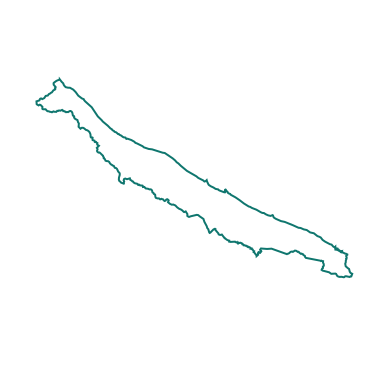 Lam Sonthi, Phetchabun, Thailand (orthographic projection), rotated 301°
{"feature_id": "78962969B31401226545695", "entity_name": "Lam Sonthi", "entity_type": "district", "adm_level": 2, "iso_a3": "THA", "parent_name": "Thailand", "parent_adm1": "Phetchabun", "projection": "orthographic", "projection_center": [101.348, 15.401], "detail": "fine", "context": "isolated", "style": "outline", "palette": "teal", "viewbox_px": 384, "rotation_deg": 301, "n_neighbors": 0, "source": "geoboundaries", "source_scale": "gbopen_adm2", "svg_char_len": 6032}
<svg xmlns="http://www.w3.org/2000/svg" viewBox="0 0 384 384"><g transform="rotate(301 192 192)"><path d="M200.4,371.0L201.3,371.3L201.7,372.0L204.4,371.5L204.3,369.6L204.9,368.3L206.9,366.3L207.0,364.7L207.5,362.0L209.4,360.3L210.9,360.0L212.6,359.1L213.9,358.9L214.3,358.4L215.0,358.6L215.8,358.1L216.5,357.1L217.4,357.1L218.1,357.5L218.5,357.3L218.4,355.8L218.0,354.7L217.9,352.3L217.6,352.0L218.2,351.4L217.4,351.0L217.1,350.5L217.4,349.8L217.6,350.1L218.1,350.2L217.7,349.7L217.8,349.2L217.5,349.0L217.8,348.2L217.3,348.2L217.3,347.3L217.7,346.7L217.2,346.6L217.0,345.8L217.6,345.8L217.1,345.3L217.2,345.1L217.5,345.3L217.8,345.2L217.1,344.6L216.7,344.8L216.5,344.6L216.8,344.3L217.9,344.2L218.2,343.9L217.9,343.5L218.8,343.0L218.1,342.8L218.0,342.0L218.0,341.1L218.8,338.7L218.3,337.2L218.0,331.7L218.2,328.6L219.3,325.8L219.2,324.2L218.8,322.2L219.4,317.7L218.2,314.1L218.5,309.9L217.5,307.0L217.1,303.6L216.2,301.7L215.5,295.6L214.1,286.8L212.9,283.3L212.2,277.8L212.2,275.8L212.5,274.8L213.6,273.5L213.7,273.0L212.0,271.7L211.2,269.3L210.9,266.7L211.0,264.4L210.3,263.1L210.1,261.6L210.0,256.3L209.2,251.6L209.2,249.5L208.8,248.1L208.9,242.4L209.5,237.1L209.8,232.0L209.6,226.5L210.0,225.8L209.7,224.2L209.8,223.2L210.5,222.3L210.8,220.2L211.4,219.8L211.4,219.5L210.9,219.2L209.9,219.6L209.6,220.5L209.1,220.6L208.7,220.5L208.3,219.6L207.5,215.1L207.4,213.9L207.7,213.1L206.8,210.6L206.9,208.1L206.6,205.2L206.7,202.9L206.9,202.3L208.8,199.4L209.7,198.5L208.9,198.3L207.5,197.5L207.4,197.1L207.7,195.6L207.3,190.1L207.7,187.7L207.5,176.8L208.7,168.9L209.5,165.6L209.6,163.6L210.4,161.1L210.9,158.0L211.4,148.5L210.6,146.7L208.0,135.8L206.6,132.7L205.5,127.7L205.8,126.1L205.3,119.8L205.0,118.3L205.1,117.5L205.4,116.9L205.3,113.2L204.5,109.3L203.7,108.4L204.4,106.9L203.7,105.4L203.6,104.1L203.9,102.5L203.7,100.3L204.0,99.3L203.6,98.7L204.1,96.4L203.7,94.6L204.1,93.7L204.0,92.0L204.5,91.0L204.5,89.3L205.4,85.9L206.5,79.0L207.0,77.8L208.3,72.3L213.0,62.4L214.7,53.6L215.3,52.0L215.8,51.4L215.5,49.5L216.0,44.9L217.7,40.9L218.6,37.5L218.5,33.7L217.5,31.9L216.8,29.7L217.3,27.9L217.9,26.7L218.8,25.7L219.3,23.5L220.5,20.5L220.1,20.7L218.4,19.2L217.3,18.5L214.7,17.4L214.0,17.3L212.7,18.2L211.7,21.1L210.4,21.0L210.0,21.8L209.3,21.8L207.7,20.8L205.3,20.6L204.4,20.0L203.2,19.6L202.2,18.9L200.4,18.7L199.0,17.1L196.4,17.0L194.5,15.8L194.5,14.5L194.0,14.0L193.4,13.8L191.9,14.0L189.6,12.0L187.3,13.6L187.2,13.9L187.2,15.9L188.4,16.5L188.6,17.4L188.0,19.9L186.6,20.6L186.1,21.2L186.3,21.9L187.5,23.9L186.9,25.8L186.9,26.7L187.4,27.6L187.5,28.7L188.1,30.2L188.2,30.9L189.7,31.7L189.8,32.5L190.8,34.4L192.2,34.7L192.5,35.5L193.4,36.0L193.9,37.3L195.5,38.4L195.4,39.5L195.0,40.0L195.5,40.8L195.4,41.5L195.7,42.0L195.5,42.9L196.3,43.8L196.6,44.6L198.4,45.5L198.9,46.2L198.9,47.5L198.2,48.7L196.2,50.5L196.3,51.6L196.1,52.1L195.2,52.5L194.5,53.7L194.7,54.3L194.5,55.3L194.7,56.7L193.2,58.3L192.5,59.7L189.5,61.2L188.8,63.8L190.2,64.4L190.9,65.5L191.0,66.7L190.6,69.1L191.0,70.6L190.9,71.9L190.5,73.4L189.2,75.2L187.0,76.8L186.8,77.4L187.4,78.4L187.4,78.8L186.3,79.3L185.3,80.1L185.8,82.0L184.8,82.9L184.8,83.1L185.5,84.0L185.1,84.9L185.2,85.7L184.1,86.1L183.8,86.5L183.7,88.4L180.8,87.7L180.1,89.0L178.3,89.4L177.8,90.1L177.6,91.5L178.2,92.3L178.2,92.8L177.2,97.1L176.6,97.6L176.2,98.7L175.4,99.0L175.3,100.4L174.3,101.7L174.5,102.8L175.2,104.3L175.1,105.6L174.3,106.9L173.9,108.6L174.0,109.6L173.8,110.3L174.1,111.5L173.0,113.3L173.4,114.7L173.1,115.9L171.5,118.2L171.0,120.0L170.4,120.7L169.3,121.3L166.7,122.0L164.8,123.0L164.0,124.1L163.9,125.3L163.5,126.4L164.0,129.2L164.4,129.2L165.1,128.6L166.2,128.4L166.8,127.4L168.1,127.1L169.1,127.8L169.5,129.7L171.7,131.7L170.6,132.9L170.7,134.3L170.4,135.3L170.6,136.2L170.1,137.0L170.1,138.7L170.8,140.6L170.7,141.3L170.4,141.8L170.8,142.3L170.6,142.7L171.1,143.2L170.9,144.1L172.0,146.3L171.9,146.6L171.0,147.4L171.8,148.6L171.2,150.4L172.2,152.9L172.3,154.2L172.9,155.0L173.1,155.9L172.7,157.0L171.3,158.3L171.3,159.6L170.7,160.3L170.8,161.7L168.9,163.2L168.4,164.0L168.7,165.7L169.5,167.0L169.3,168.5L170.4,169.3L170.4,169.9L170.8,170.7L170.2,172.6L170.2,173.2L171.0,173.8L172.1,173.8L173.0,174.4L173.1,174.9L172.8,176.3L170.9,176.7L170.5,179.2L170.7,181.2L171.6,182.4L171.9,184.7L171.2,187.2L171.0,189.7L171.3,191.4L171.2,193.2L170.7,195.2L170.8,195.7L172.1,196.6L170.7,199.4L169.1,200.3L169.0,201.5L169.1,202.3L170.6,203.5L174.9,207.9L175.4,209.3L175.1,211.0L174.8,215.7L172.8,218.0L170.3,222.2L169.0,223.6L168.5,225.1L166.3,227.5L166.0,228.2L166.5,228.6L171.0,229.7L172.3,230.6L172.3,231.2L171.6,231.4L170.1,235.9L169.4,236.7L169.5,237.7L170.0,238.7L170.9,239.5L169.3,243.5L169.5,243.6L169.2,244.6L169.0,247.1L169.5,249.0L168.6,249.4L169.1,250.8L171.6,254.5L171.4,255.1L172.0,256.2L171.5,257.7L171.8,257.9L172.1,257.8L171.9,258.2L172.7,258.5L172.9,259.2L173.5,259.7L173.7,261.4L173.5,261.9L173.3,262.0L173.5,262.3L173.2,262.7L173.3,263.7L173.0,263.6L172.9,263.7L173.6,265.2L173.5,265.7L174.0,266.4L174.0,266.8L173.7,267.2L173.6,267.8L174.0,268.1L173.7,268.8L174.2,269.4L174.1,269.6L174.3,270.3L174.1,270.5L174.2,271.5L173.7,271.6L174.0,272.0L173.9,272.3L174.2,272.5L173.8,272.9L174.0,273.5L173.0,275.2L173.2,275.7L172.3,275.9L172.5,276.4L172.0,277.0L171.1,279.3L171.3,279.7L170.3,280.4L172.3,281.0L172.8,280.3L174.3,279.9L174.9,280.1L175.0,280.8L174.7,281.4L174.8,281.7L176.8,282.0L177.1,281.6L176.9,281.2L177.6,280.1L179.1,280.2L181.8,285.6L184.4,289.4L187.6,305.3L188.0,305.4L188.4,306.0L189.6,306.8L191.4,307.3L192.5,308.4L192.6,309.3L194.8,310.4L195.3,311.7L195.1,313.4L195.5,313.7L195.6,314.5L195.2,315.4L195.1,317.3L195.6,317.6L195.8,319.4L195.3,320.0L195.4,321.6L194.5,322.5L194.2,323.6L199.3,337.6L199.2,338.0L199.8,338.4L199.7,338.8L200.2,340.0L199.0,340.6L198.1,342.0L196.8,342.9L195.9,342.9L195.5,342.6L194.3,343.4L193.4,343.0L192.0,343.2L191.9,344.4L193.8,350.9L193.6,353.5L195.9,356.9L196.0,357.7L194.9,359.6L194.8,360.4L195.1,362.0L196.3,363.8L197.1,366.0L197.5,366.4L198.4,366.6L199.1,367.3L200.4,371.0Z" fill="none" stroke="#0f766e" stroke-width="2"/></g></svg>